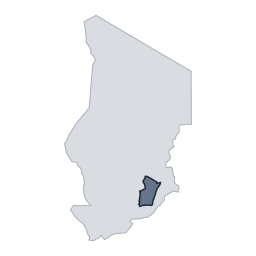 Bahr-Azoum, Salamat, Chad (highlighted)
{"feature_id": "50815135B73615292321578", "entity_name": "Bahr-Azoum", "entity_type": "district", "adm_level": 2, "iso_a3": "TCD", "parent_name": "Chad", "parent_adm1": "Salamat", "projection": "natural_earth1", "projection_center": [20.375, 10.976], "detail": "fine", "context": "in_parent", "style": "filled", "palette": "slate", "viewbox_px": 256, "rotation_deg": 0, "n_neighbors": 0, "source": "geoboundaries", "source_scale": "gbopen_adm2", "svg_char_len": 4986}
<svg xmlns="http://www.w3.org/2000/svg" viewBox="0 0 256 256"><path d="M191.1,71.2L191.1,77.5L191.1,83.8L191.2,90.1L191.2,96.4L191.3,102.7L191.3,109.0L191.3,115.3L191.4,121.6L191.4,123.6L191.2,124.5L190.9,124.7L188.1,124.1L186.8,124.1L185.1,124.6L182.5,124.8L180.8,124.7L179.7,125.8L178.8,127.1L179.2,130.3L179.1,131.3L178.8,132.4L178.0,133.3L177.2,134.0L176.7,134.7L176.2,136.1L175.7,136.7L175.8,137.6L175.6,138.6L175.2,139.1L174.0,139.4L173.2,139.8L172.6,140.5L172.2,141.0L172.4,141.6L172.7,142.5L172.9,143.9L173.0,144.7L173.6,145.4L173.9,145.9L174.1,146.5L173.7,147.0L172.3,148.0L171.7,148.3L171.0,148.9L170.7,149.1L169.7,150.0L169.1,150.9L168.9,151.6L168.9,152.6L169.4,154.0L170.0,155.3L170.3,156.2L170.4,157.2L170.4,158.2L170.0,159.1L169.5,159.8L167.5,161.3L166.5,162.8L165.7,164.8L165.5,165.8L165.7,166.5L166.1,167.1L166.8,167.4L167.6,167.5L169.1,167.2L170.4,166.9L171.9,167.6L172.6,169.2L172.3,170.4L172.9,172.5L173.4,175.1L173.3,176.0L173.5,176.3L174.4,176.5L174.6,177.1L174.4,181.6L174.8,182.9L175.4,183.8L176.1,184.2L176.8,184.8L177.1,185.2L177.9,185.3L178.8,186.2L179.0,187.3L179.0,188.3L178.5,190.6L178.1,192.2L177.5,192.0L176.5,191.7L175.2,191.3L173.6,191.1L172.1,191.7L170.5,192.5L170.0,193.1L169.5,193.5L168.8,193.4L168.2,193.5L167.8,194.1L167.2,194.7L164.9,196.1L164.4,196.5L164.1,197.0L164.1,197.5L164.4,198.6L164.4,199.9L163.8,201.0L163.2,201.7L162.5,202.0L162.0,202.2L161.6,202.6L160.4,205.1L159.8,205.5L158.8,205.5L155.7,209.1L155.4,210.2L154.3,211.8L152.8,213.5L151.6,214.3L151.5,214.6L151.1,214.9L150.3,215.3L147.6,217.4L144.4,217.3L142.9,218.1L141.5,218.5L139.5,218.9L138.8,218.9L136.2,219.0L133.1,219.0L131.9,219.3L130.8,220.0L130.0,220.7L129.9,221.0L130.0,221.3L130.0,221.5L132.1,223.2L132.7,224.0L132.1,224.8L131.9,224.9L131.8,225.0L131.5,225.6L130.2,227.6L128.3,229.8L127.3,230.5L126.9,230.9L126.4,232.4L126.1,232.6L124.7,232.8L122.1,233.0L118.5,233.5L116.3,233.6L115.0,233.5L113.1,234.5L112.4,234.8L112.0,234.9L110.1,235.9L108.5,237.5L108.0,237.7L105.8,238.4L104.9,239.5L104.5,239.6L103.1,238.2L102.1,236.9L101.7,235.6L101.6,235.1L101.3,235.2L100.6,235.8L99.9,236.5L99.6,237.7L97.3,238.6L95.4,239.3L94.5,240.2L93.1,240.6L91.4,240.5L90.0,240.1L88.7,240.0L89.3,238.8L89.6,238.0L89.6,236.9L89.5,236.2L88.7,235.9L88.2,235.3L87.1,232.1L86.0,228.7L84.3,225.4L82.5,223.3L81.2,222.0L80.8,221.9L80.2,221.4L79.7,221.1L77.3,218.8L74.9,216.3L74.2,215.2L73.0,213.5L71.6,211.7L70.9,210.9L70.6,209.4L71.6,208.1L72.6,206.5L73.8,205.4L75.5,205.3L78.1,205.8L81.0,205.9L83.9,205.6L84.6,205.3L85.3,205.4L86.9,205.7L89.5,205.7L90.9,205.0L89.4,203.9L87.8,202.1L86.3,200.1L85.4,198.3L84.6,196.0L83.9,193.1L83.4,189.4L83.5,187.3L83.7,185.8L84.6,183.4L84.0,182.0L84.2,180.8L84.1,179.1L83.8,178.2L82.8,175.4L82.6,175.1L81.7,173.1L81.3,169.9L80.3,167.7L78.6,166.7L77.7,165.4L77.4,163.1L76.7,162.5L74.1,161.8L71.9,161.7L70.3,159.2L68.3,155.9L66.5,152.9L65.3,146.9L64.6,143.4L65.4,142.3L67.0,139.9L69.0,135.1L73.5,127.8L75.8,124.1L80.4,118.5L86.1,111.6L89.2,107.7L89.8,100.7L90.4,93.2L90.8,87.6L91.4,80.9L91.9,75.3L92.2,71.2L92.7,65.4L93.0,64.3L95.3,59.8L95.4,59.2L95.0,58.4L92.0,54.6L91.0,53.7L90.5,51.7L91.3,50.6L87.6,44.1L86.7,43.3L86.3,42.5L86.2,41.4L86.2,36.9L85.3,29.9L84.1,21.7L88.4,19.4L91.8,17.6L96.0,15.4L99.9,17.7L105.6,21.0L111.2,24.4L116.9,27.7L122.6,31.1L128.2,34.4L133.9,37.7L139.6,41.1L145.3,44.4L151.0,47.8L156.7,51.1L162.4,54.5L168.1,57.8L173.9,61.2L179.6,64.5L185.3,67.8L191.1,71.2Z" fill="#d9dde1" stroke="#a8b0b8" stroke-width="1"/><path d="M139.9,196.8L139.1,201.0L139.8,201.3L139.6,202.1L139.3,202.8L139.2,202.9L139.3,203.7L138.8,204.2L139.3,205.1L139.8,206.4L140.2,206.3L140.7,206.1L141.3,205.8L142.0,205.6L142.6,205.4L143.4,205.3L144.0,205.4L144.5,205.4L144.8,205.3L145.1,205.0L145.6,204.9L146.1,205.0L146.6,205.0L146.9,205.1L147.5,205.1L148.2,205.1L148.5,205.1L149.1,205.1L149.7,205.2L150.1,205.3L151.0,205.4L151.5,205.3L152.1,204.9L152.4,204.6L152.5,203.8L152.6,202.8L152.8,202.1L152.8,201.5L153.0,200.7L153.2,200.3L153.3,199.9L153.6,199.2L153.8,198.8L154.0,198.4L154.1,197.7L154.3,197.0L154.4,196.6L154.7,196.2L154.9,195.6L155.1,194.9L155.3,194.2L155.4,193.7L155.6,192.6L156.0,191.7L156.2,191.1L156.4,190.6L156.6,190.0L156.9,189.3L157.2,188.7L157.4,188.3L157.6,188.0L158.1,187.3L158.3,186.9L158.6,186.4L159.0,186.0L159.4,185.5L159.7,185.0L160.0,184.4L160.2,183.9L160.3,183.5L160.3,183.0L160.4,182.6L157.6,183.1L156.7,183.3L156.8,182.0L156.2,181.7L155.0,181.0L151.2,178.7L147.7,176.7L147.1,176.4L147.0,176.5L146.7,176.5L146.3,176.3L145.3,176.4L145.2,176.9L145.1,177.3L144.8,178.1L144.5,178.8L144.2,179.3L143.9,179.9L143.4,180.6L143.2,181.3L143.1,181.9L143.3,182.4L143.7,183.0L144.2,183.6L144.5,184.4L144.8,184.9L145.0,185.5L145.0,186.0L144.9,186.5L145.1,187.0L145.3,187.8L145.4,188.4L145.2,188.7L144.9,188.9L144.6,189.1L144.2,189.3L143.6,189.4L143.1,189.7L142.6,189.9L142.0,190.4L141.7,190.5L141.1,190.8L140.6,191.0L140.2,191.0L139.8,191.0L139.9,191.8L140.3,192.3L139.9,192.8L140.2,195.0L139.9,196.8Z" fill="#64748b" stroke="#1e293b" stroke-width="1.5"/></svg>